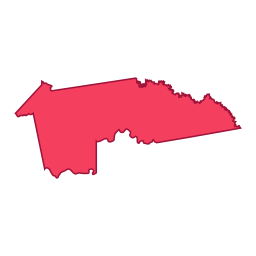 Puerto Asís, Putumayo, Colombia (Albers equal-area conic projection)
{"feature_id": "7082276B42533804398270", "entity_name": "Puerto Asís", "entity_type": "district", "adm_level": 2, "iso_a3": "COL", "parent_name": "Colombia", "parent_adm1": "Putumayo", "projection": "albers", "projection_center": [-76.112, 0.44], "detail": "fine", "context": "isolated", "style": "filled", "palette": "rose", "viewbox_px": 256, "rotation_deg": 0, "n_neighbors": 0, "source": "geoboundaries", "source_scale": "gbopen_adm2", "svg_char_len": 5722}
<svg xmlns="http://www.w3.org/2000/svg" viewBox="0 0 256 256"><path d="M41.8,81.2L41.7,84.9L15.4,113.4L15.9,113.8L17.6,116.5L18.1,116.6L19.1,116.5L19.9,115.6L20.9,115.7L22.0,115.3L22.8,115.7L23.2,115.1L24.1,115.3L24.9,114.8L25.9,115.6L28.0,114.5L28.7,113.7L30.3,114.6L32.0,114.3L33.2,113.2L44.7,169.1L45.2,168.3L46.2,167.9L47.4,167.9L48.4,168.4L49.7,169.6L50.8,172.0L52.6,174.9L53.4,175.6L55.3,176.1L56.5,177.9L57.6,177.7L58.1,177.2L58.8,175.4L60.9,172.5L65.3,170.5L67.3,169.3L68.5,168.9L70.3,169.7L73.8,173.2L75.8,174.0L77.6,173.2L79.2,172.9L81.9,173.3L85.8,173.5L88.2,173.3L88.7,173.0L89.0,172.1L88.8,170.0L89.0,169.7L91.3,168.9L92.9,169.5L93.7,170.6L93.6,171.3L92.5,173.0L92.7,174.2L93.1,174.4L93.8,174.4L96.3,172.8L96.3,141.3L96.6,141.7L97.3,141.7L99.8,141.3L104.2,139.0L106.4,138.5L107.4,139.3L108.0,140.2L108.1,141.0L108.8,141.7L110.3,141.9L111.9,141.4L113.4,140.6L114.0,139.9L114.3,136.5L115.0,133.7L118.9,129.5L119.3,129.8L120.2,131.8L121.4,132.4L122.4,132.4L123.5,132.1L125.9,129.1L127.5,129.2L130.4,131.6L130.4,133.7L129.8,134.7L129.9,135.7L131.3,137.2L132.2,137.7L133.1,137.8L135.7,136.3L136.8,137.0L137.3,138.8L137.3,142.0L138.2,143.1L139.0,143.2L139.3,142.1L142.2,140.5L143.1,140.9L143.4,141.5L143.3,142.3L144.0,143.2L145.5,143.4L147.2,143.9L149.0,143.8L149.2,143.3L150.7,142.3L152.2,141.8L152.8,140.1L153.3,139.7L154.7,141.8L156.7,142.7L189.3,137.2L240.6,128.1L240.1,127.3L239.6,127.4L239.2,127.1L239.0,126.5L239.3,126.0L239.1,125.7L238.7,125.7L237.6,126.5L236.7,126.8L235.9,126.5L235.9,125.9L235.4,126.1L235.7,125.6L235.6,125.2L234.9,125.4L235.0,125.1L235.5,124.9L235.3,124.7L234.7,124.6L234.7,124.3L235.3,124.2L234.6,123.0L235.7,121.7L235.3,121.6L234.5,122.0L233.5,121.0L233.0,121.2L232.8,120.8L233.0,120.5L233.9,120.4L234.0,120.1L233.6,119.6L233.7,118.6L234.1,118.3L234.7,118.5L234.8,118.0L234.2,117.3L233.3,117.8L232.1,117.4L232.7,116.6L232.4,116.4L231.9,116.7L232.0,115.4L231.4,114.7L230.6,115.1L230.5,114.8L231.0,114.1L230.3,114.2L230.1,113.9L230.4,113.4L229.3,113.0L230.2,112.2L229.9,112.0L229.3,112.3L228.9,111.9L229.5,111.6L229.3,110.8L229.0,110.7L228.7,111.2L228.1,110.1L227.6,110.0L226.7,108.8L226.7,109.8L226.5,110.3L225.8,109.9L225.2,109.8L225.5,109.3L224.8,108.9L224.5,108.4L225.2,108.5L225.4,107.8L224.8,107.1L224.5,107.4L224.0,106.7L222.9,106.9L222.4,105.6L222.0,106.4L221.7,105.6L221.3,105.7L221.3,105.1L220.7,104.9L221.1,104.2L220.4,103.6L220.6,102.6L218.7,103.2L217.9,103.8L217.7,103.5L218.2,103.5L218.2,102.7L217.6,102.6L216.7,101.8L215.7,102.5L216.0,102.8L216.7,102.9L216.6,103.2L215.3,102.5L214.8,102.5L213.8,99.6L212.0,99.4L212.1,98.9L211.4,98.4L210.5,98.3L210.8,97.5L210.7,97.3L210.0,97.9L210.2,97.2L209.6,96.3L209.2,94.2L209.0,94.3L209.2,94.8L209.0,95.0L208.3,94.3L207.3,94.3L207.3,94.8L206.7,95.1L206.4,96.1L205.1,95.8L205.1,96.2L204.6,96.5L204.6,97.2L204.7,97.5L205.2,97.5L205.2,98.3L205.0,97.9L204.2,97.8L204.4,99.0L203.9,99.7L203.3,99.8L203.0,100.3L202.2,100.9L200.6,101.0L200.6,101.3L201.1,101.6L200.9,102.4L200.5,102.6L200.1,102.1L199.7,103.3L198.5,102.2L197.3,102.1L197.1,101.5L196.7,101.9L195.8,102.0L195.9,102.4L196.7,102.4L196.7,102.6L194.9,103.2L194.3,102.4L195.0,102.4L195.0,101.2L194.7,101.2L194.6,101.7L194.0,101.5L194.6,100.9L194.4,100.0L193.8,99.4L193.4,99.7L192.5,99.6L192.6,100.1L190.9,99.0L191.2,98.3L191.2,97.3L190.7,97.1L191.0,97.4L190.6,98.0L190.1,97.6L190.1,96.5L189.1,96.1L189.2,95.7L189.9,95.2L189.4,94.7L188.9,95.2L188.9,95.9L188.4,96.0L188.1,95.0L187.2,95.4L186.4,94.8L185.3,94.5L185.2,95.5L185.8,96.0L185.7,96.4L185.4,96.4L184.7,95.8L184.7,94.9L184.0,95.2L184.0,94.6L183.5,94.0L183.6,93.4L182.9,93.4L182.0,92.9L182.1,95.1L181.6,96.6L180.4,97.1L179.7,96.7L179.3,97.3L178.9,97.3L179.1,96.0L180.3,95.3L178.9,94.8L178.8,93.5L178.2,93.2L177.6,93.8L177.0,93.2L176.7,93.5L176.1,93.5L175.3,94.6L175.1,94.2L174.3,94.3L172.4,93.3L172.4,93.0L173.0,93.3L173.1,93.2L173.1,92.8L172.5,92.4L172.9,92.2L173.0,91.5L173.5,91.3L173.5,90.6L173.2,90.6L173.1,91.0L172.3,91.0L172.2,90.8L172.6,90.6L172.0,89.9L172.3,89.6L171.1,89.4L171.8,89.9L171.5,90.3L170.7,89.8L170.0,89.9L169.4,89.7L168.8,88.7L169.4,88.9L169.5,88.6L169.9,88.8L170.3,88.6L170.8,87.9L170.5,87.9L170.2,87.3L170.7,87.6L171.3,87.2L171.2,86.6L170.7,86.6L170.2,86.1L170.3,85.4L169.8,85.5L168.5,84.8L168.4,85.2L168.7,85.4L167.1,86.0L166.9,85.6L167.7,85.5L167.3,85.1L166.6,85.0L166.3,85.4L165.2,84.7L164.4,84.5L163.4,84.7L163.0,84.3L163.0,84.0L163.4,84.0L163.0,83.7L163.3,83.5L163.4,82.6L163.7,83.2L164.1,83.2L164.7,81.1L164.2,82.0L163.3,81.1L163.1,81.5L163.5,81.5L163.5,81.8L162.7,82.2L161.5,82.0L161.3,81.7L162.2,81.5L161.1,80.9L159.7,82.5L159.5,82.2L159.9,81.6L159.5,81.6L159.1,81.1L158.6,81.9L158.8,82.5L157.9,84.0L158.4,84.4L158.1,84.6L157.3,84.0L156.3,83.9L155.9,83.4L155.1,83.6L154.8,83.5L154.0,83.9L153.9,83.6L154.4,83.4L154.0,82.6L154.1,82.1L152.2,82.2L151.8,81.5L151.6,81.7L151.0,80.5L150.1,81.0L149.6,81.0L149.2,80.4L148.4,81.6L148.1,81.2L147.6,81.3L147.9,80.5L147.8,79.9L147.7,80.3L147.3,80.1L147.3,80.5L146.8,80.8L146.7,80.2L146.2,80.8L145.7,80.2L145.8,82.4L145.1,83.5L146.5,83.7L146.4,84.7L146.2,84.9L145.9,84.8L145.8,85.1L143.5,83.9L142.9,84.0L145.4,85.8L145.5,86.5L144.8,86.5L143.8,85.5L142.0,85.1L141.8,85.4L143.3,86.5L142.6,86.9L142.6,87.2L142.1,87.1L141.5,86.1L141.2,85.9L140.9,85.9L140.7,87.0L139.6,87.1L139.1,86.4L139.0,85.5L139.8,85.0L141.1,84.7L140.3,83.8L140.3,82.0L140.0,81.9L139.6,82.6L139.1,82.6L138.8,82.4L138.7,81.4L138.0,81.3L138.7,83.1L138.5,83.7L137.9,83.7L137.7,83.3L138.3,83.5L138.2,83.1L136.7,82.5L136.8,80.5L136.3,79.3L136.5,78.8L136.0,78.6L135.8,78.1L52.7,90.7L51.8,91.0L50.5,90.2L50.7,88.8L50.3,88.0L50.7,87.2L51.7,86.7L51.8,86.2L51.6,85.7L47.2,84.2L46.3,83.2L44.7,83.1L44.2,83.5L43.8,83.4L43.5,83.2L43.3,82.1L41.8,81.2Z" fill="#f43f5e" stroke="#9f1239" stroke-width="1.5"/></svg>